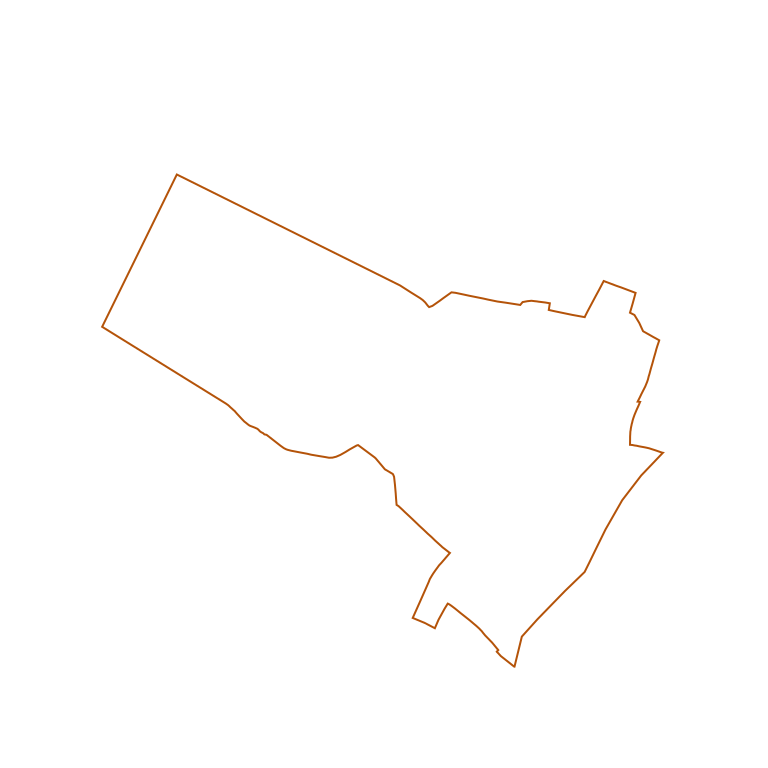 Al Tibbin, Al Qahirah, Egypt (Robinson projection), rotated 207°
{"feature_id": "37247803B18410334160069", "entity_name": "Al Tibbin", "entity_type": "district", "adm_level": 2, "iso_a3": "EGY", "parent_name": "Egypt", "parent_adm1": "Al Qahirah", "projection": "robinson", "projection_center": [31.32, 29.779], "detail": "fine", "context": "isolated", "style": "outline", "palette": "amber", "viewbox_px": 768, "rotation_deg": 207, "n_neighbors": 0, "source": "geoboundaries", "source_scale": "gbopen_adm2", "svg_char_len": 3274}
<svg xmlns="http://www.w3.org/2000/svg" viewBox="0 0 768 768"><g transform="rotate(207 384 384)"><path d="M467.7,284.8L465.6,285.4L463.5,285.0L456.8,283.7L448.1,282.0L444.1,281.4L441.6,281.4L440.8,281.5L440.0,281.6L436.4,282.4L433.0,283.4L427.8,284.9L420.7,287.0L416.9,287.9L408.6,290.5L403.6,292.1L399.6,293.3L396.6,294.9L393.6,297.5L390.7,301.0L387.5,305.8L384.9,310.1L380.5,316.7L379.9,317.3L379.3,317.8L358.7,314.3L358.2,314.1L357.7,314.0L344.5,308.4L335.3,307.8L334.8,307.5L334.3,307.1L332.9,305.9L328.5,299.2L324.0,292.0L321.3,287.5L317.9,282.0L315.6,281.8L310.3,280.3L307.1,279.3L301.1,277.6L292.7,275.1L287.8,273.6L283.1,272.3L277.1,270.5L271.8,269.1L267.3,267.7L261.4,266.1L260.8,265.9L260.2,265.8L257.9,265.1L254.1,264.4L252.0,264.0L250.0,263.6L248.6,263.4L248.7,263.0L249.9,258.0L251.7,250.6L252.6,247.5L253.6,241.3L254.1,237.7L254.3,235.6L254.6,231.0L254.3,228.2L253.9,221.1L253.1,206.6L252.2,188.6L239.2,189.6L227.8,189.5L228.4,198.7L228.0,211.3L227.6,216.2L227.6,216.7L227.5,217.3L225.7,217.3L223.4,217.0L218.9,216.2L212.0,214.7L201.0,212.5L191.6,210.3L188.0,209.3L186.1,208.6L185.4,208.4L184.8,208.2L182.5,207.1L180.6,206.3L180.0,206.0L179.4,205.8L170.1,202.6L161.4,198.8L162.0,196.7L161.3,196.4L160.6,196.2L156.3,194.6L139.8,191.3L139.6,191.3L139.4,191.4L146.5,221.5L140.5,243.9L131.1,274.3L128.7,282.0L119.9,307.6L120.0,318.1L120.3,333.9L120.6,355.0L119.0,388.6L114.9,410.7L113.3,419.3L104.3,449.3L104.6,449.2L104.8,449.2L105.0,449.1L110.2,448.4L112.9,448.0L115.9,447.5L118.5,447.1L120.9,446.5L123.1,445.9L125.4,445.2L128.4,444.3L130.8,443.7L132.8,443.0L135.0,442.4L137.2,441.5L139.5,446.2L139.9,447.0L140.2,447.6L141.0,449.2L141.6,450.6L142.1,451.7L142.6,452.8L143.0,453.8L143.3,454.9L143.8,456.2L144.1,457.2L144.4,458.2L144.7,459.4L145.1,460.8L145.4,462.4L145.8,463.9L146.1,465.4L146.3,466.6L146.5,468.1L146.8,470.3L147.2,475.7L147.4,480.5L147.6,483.2L147.7,483.8L147.7,484.3L149.8,483.6L150.0,483.5L150.0,488.5L150.1,491.7L150.1,495.7L150.1,500.4L150.3,502.7L150.5,505.2L150.9,508.0L151.6,510.9L152.0,513.3L153.2,518.9L154.2,524.2L155.4,530.0L156.5,535.7L157.1,538.4L157.7,541.9L158.0,544.0L158.4,546.8L158.5,547.4L158.6,547.9L163.8,548.1L164.9,548.1L169.1,548.3L176.3,548.6L177.2,548.7L184.3,554.3L192.2,559.2L197.2,559.2L198.9,568.2L201.2,579.4L216.5,577.7L221.5,577.0L235.0,575.5L235.1,565.7L235.3,558.1L235.6,541.4L235.6,536.3L235.5,534.7L247.8,531.0L265.7,526.1L270.8,524.8L272.9,531.2L277.4,529.8L283.7,527.5L285.3,527.0L287.1,526.3L290.4,525.1L293.8,522.9L297.7,519.9L298.5,516.3L312.5,511.7L320.3,509.0L329.7,506.4L334.4,505.2L348.6,501.2L352.8,500.1L361.7,497.7L365.5,496.3L370.1,487.5L372.2,483.3L376.3,475.6L378.7,473.0L380.5,473.6L384.3,475.4L387.6,476.4L390.8,476.9L401.3,477.8L414.5,479.1L663.7,476.6L661.1,307.0L572.2,299.5L565.0,298.9L516.1,294.8L514.7,294.6L514.0,294.5L513.3,294.4L511.8,294.0L511.4,293.9L510.9,293.7L509.4,293.3L507.4,292.8L507.2,292.7L504.8,292.1L504.5,292.0L504.4,292.0L504.3,291.9L501.6,290.8L494.8,288.3L491.3,287.1L490.7,287.0L490.1,286.9L488.7,286.6L486.3,286.1L484.8,285.9L484.3,286.0L483.7,286.0L481.1,286.3L478.9,286.5L478.7,286.5L476.4,286.6L475.6,286.4L474.9,286.2L474.3,286.0L473.6,285.7L472.5,285.4L472.4,285.4L471.7,285.3L469.3,285.3L467.7,284.8Z" fill="none" stroke="#b45309" stroke-width="2"/></g></svg>